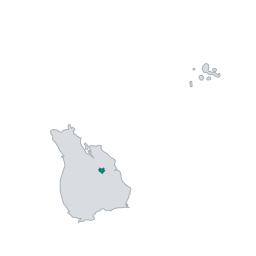 location of Mocache, Los Rios, Ecuador, rotated 133°
{"feature_id": "8360857B55649152040637", "entity_name": "Mocache", "entity_type": "district", "adm_level": 2, "iso_a3": "ECU", "parent_name": "Ecuador", "parent_adm1": "Los Rios", "projection": "equal_earth", "projection_center": [-79.602, -1.198], "detail": "fine", "context": "in_parent", "style": "filled", "palette": "teal", "viewbox_px": 256, "rotation_deg": 133, "n_neighbors": 0, "source": "geoboundaries", "source_scale": "gbopen_adm2", "svg_char_len": 4874}
<svg xmlns="http://www.w3.org/2000/svg" viewBox="0 0 256 256"><g transform="rotate(133 128 128)"><path d="M230.7,99.9L230.0,100.5L228.3,100.7L226.9,100.2L226.4,100.2L226.3,100.8L228.1,102.3L228.9,105.0L230.2,106.7L231.0,107.5L231.0,108.1L230.8,109.2L230.7,110.1L231.1,114.2L230.8,114.5L229.9,114.5L229.1,113.7L227.1,124.0L220.6,134.2L213.1,141.5L204.6,145.7L198.3,148.6L197.3,149.7L194.2,154.8L194.1,155.3L194.5,156.2L194.5,156.8L194.1,157.1L193.7,157.2L193.5,156.9L193.4,156.3L193.0,155.6L192.5,155.5L192.2,155.6L192.2,156.2L191.5,159.0L191.5,160.3L191.2,160.8L191.3,162.0L190.6,163.2L190.1,165.0L189.6,165.6L188.9,168.5L188.0,171.3L187.9,172.3L188.2,173.0L188.3,173.6L187.9,175.3L185.7,177.1L185.1,177.9L184.9,178.8L185.0,179.7L185.0,180.3L184.3,180.6L183.5,182.2L183.0,182.6L181.6,182.0L180.6,182.0L179.8,181.5L178.2,178.8L177.7,177.2L177.5,174.9L175.9,173.5L174.0,173.9L173.4,173.4L171.9,172.4L170.6,171.4L169.7,170.8L168.9,171.1L167.7,172.9L166.6,173.7L166.1,173.6L165.4,173.1L165.3,172.5L167.0,169.3L165.7,169.3L165.3,168.6L165.2,167.8L165.0,167.0L165.3,166.0L165.9,165.5L166.9,165.9L167.6,165.9L168.1,164.9L169.0,164.2L169.2,163.7L168.7,162.2L168.5,161.4L168.7,160.9L168.6,159.3L168.3,158.7L168.3,157.7L168.1,157.2L168.0,156.1L167.3,155.5L169.4,154.4L170.1,153.5L171.1,152.8L171.9,151.6L172.4,150.4L173.6,145.1L174.8,141.8L174.6,140.2L173.6,138.0L173.4,134.8L173.5,133.8L173.4,133.1L172.7,134.4L172.9,139.1L172.3,141.2L171.5,141.8L171.0,141.4L171.3,138.0L170.7,138.6L169.8,140.9L168.3,142.6L168.2,143.2L167.8,143.9L166.6,143.3L165.8,142.6L162.8,138.7L160.9,137.9L159.7,136.5L159.4,135.9L159.3,135.2L160.5,134.4L161.7,133.3L161.8,130.9L161.8,129.0L160.9,125.7L161.3,121.5L161.1,119.9L160.1,116.4L160.8,114.6L163.6,113.3L164.4,112.4L165.1,109.7L165.7,108.0L166.9,108.7L167.9,108.6L166.6,108.0L165.5,105.5L165.3,104.3L167.4,100.9L168.4,100.0L169.7,98.2L170.8,95.5L171.1,91.1L170.6,88.1L170.3,84.8L171.0,83.9L172.6,83.5L174.0,82.5L174.7,81.5L176.3,81.6L178.1,80.1L181.1,79.4L185.2,77.7L186.2,76.1L185.7,73.4L187.3,75.1L188.0,76.3L190.1,77.8L192.6,80.4L194.3,81.7L196.1,82.9L198.7,84.1L200.3,83.9L201.0,85.8L201.6,86.4L203.1,87.1L203.2,87.3L203.8,90.9L204.1,91.4L205.4,92.0L207.0,92.2L207.7,92.1L209.1,93.1L211.3,93.9L212.0,94.0L212.4,93.8L212.5,93.5L213.2,93.5L214.1,94.0L215.5,94.1L216.3,93.7L216.5,91.7L216.8,91.2L217.8,90.5L218.3,90.6L220.8,92.2L221.4,92.8L222.0,93.9L223.2,95.5L224.5,96.6L226.5,97.0L228.4,98.7L230.7,99.9ZM29.7,97.7L30.5,98.8L30.9,101.9L33.4,105.1L33.7,107.0L33.5,107.8L33.6,108.2L34.8,109.5L35.6,110.8L34.3,114.0L31.5,115.4L28.4,115.3L27.8,115.0L27.0,113.7L26.9,112.7L27.3,111.6L28.9,110.0L31.3,108.6L31.6,107.6L30.6,106.5L30.0,104.4L28.5,102.9L27.7,98.5L27.2,98.3L26.2,98.9L25.7,98.3L25.6,98.0L26.7,97.0L26.9,96.3L28.5,96.0L29.2,96.5L29.7,97.7ZM41.5,111.2L40.8,111.2L38.9,109.5L39.0,107.9L39.8,106.8L42.3,106.3L43.3,107.3L43.2,109.2L42.4,110.7L41.7,110.9L41.5,111.2ZM169.8,148.4L169.5,149.1L168.3,149.0L168.0,148.8L168.3,145.7L168.6,144.7L169.6,143.7L170.4,143.3L171.4,143.4L172.5,144.2L171.2,145.8L170.2,146.3L169.8,148.4ZM27.7,105.9L26.5,106.2L25.4,105.6L25.0,104.7L24.9,103.4L25.0,102.9L27.3,102.4L28.1,103.5L28.1,105.2L27.7,105.9ZM53.0,113.5L51.5,114.2L50.7,113.6L50.6,113.1L51.4,112.1L52.2,111.5L52.9,110.3L54.2,109.6L54.6,109.8L54.9,110.0L55.0,110.4L54.5,111.4L53.7,112.1L53.0,113.5ZM38.5,103.7L37.9,104.3L35.5,103.7L34.8,102.7L35.4,101.3L35.9,100.8L37.3,101.3L38.7,102.8L38.5,103.7ZM40.4,120.8L39.8,120.8L39.2,120.1L39.7,118.8L40.7,119.5L40.9,120.0L40.4,120.8ZM185.1,76.9L184.4,77.0L184.1,76.2L184.9,75.2L185.2,75.1L185.1,76.9Z" fill="#d9dde1" stroke="#a8b0b8" stroke-width="1"/><path d="M174.9,118.1L175.0,118.1L175.1,118.3L175.2,118.2L175.3,118.2L175.5,118.2L175.6,118.3L175.8,118.4L175.8,118.5L176.0,118.5L175.9,118.5L175.7,118.7L175.7,118.8L175.9,118.9L176.0,118.9L176.3,119.0L176.4,119.3L176.4,119.5L176.4,119.4L176.5,119.5L176.5,119.4L176.7,119.5L176.8,119.7L176.8,119.8L176.8,120.0L176.7,120.1L176.7,120.3L176.7,120.5L176.8,120.6L177.0,120.6L177.1,120.4L177.1,120.5L177.2,120.4L177.3,120.4L177.4,120.2L177.6,120.3L177.5,120.5L177.8,120.6L177.9,120.4L178.0,120.4L178.0,120.5L178.3,120.6L178.3,120.4L178.3,120.2L178.4,119.9L178.3,119.7L178.3,119.4L178.4,119.2L178.4,118.9L178.5,118.9L178.4,118.8L178.4,118.7L178.5,118.6L178.5,118.4L178.6,118.2L178.5,117.9L178.4,117.9L178.3,117.7L178.2,117.7L178.2,117.4L178.1,117.2L178.3,117.1L178.3,116.9L178.4,116.7L178.2,116.6L178.1,116.4L178.0,116.5L177.9,116.4L178.0,116.3L177.9,116.3L177.8,116.2L177.7,116.3L177.0,116.5L176.4,116.3L176.3,116.2L176.2,116.2L176.2,116.3L176.0,116.5L176.0,116.4L176.0,116.5L175.9,116.6L175.9,116.8L175.8,117.0L175.7,117.0L175.6,116.9L175.6,117.0L175.5,116.9L175.5,117.0L175.4,117.1L175.4,117.3L175.4,117.5L175.2,117.5L175.0,117.8L174.9,117.8L175.0,117.9L174.9,117.9L175.0,117.9L175.0,118.0L174.9,118.1Z" fill="#14b8a6" stroke="#0f766e" stroke-width="1.5"/></g></svg>